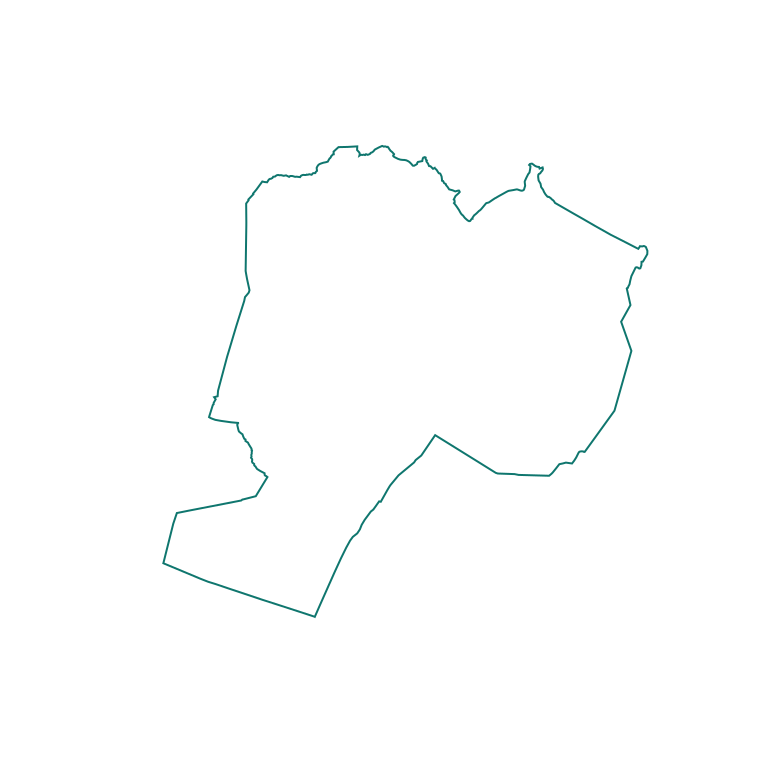 the district of Purépero, Michoacán, Mexico, rotated 301°
{"feature_id": "50627088B73803065324582", "entity_name": "Purépero", "entity_type": "district", "adm_level": 2, "iso_a3": "MEX", "parent_name": "Mexico", "parent_adm1": "Michoacán", "projection": "robinson", "projection_center": [-101.968, 19.91], "detail": "fine", "context": "isolated", "style": "outline", "palette": "teal", "viewbox_px": 768, "rotation_deg": 301, "n_neighbors": 0, "source": "geoboundaries", "source_scale": "gbopen_adm2", "svg_char_len": 6118}
<svg xmlns="http://www.w3.org/2000/svg" viewBox="0 0 768 768"><g transform="rotate(301 384 384)"><path d="M148.8,444.6L161.2,443.0L180.7,440.6L184.7,440.1L186.5,439.9L197.0,438.6L212.4,436.9L224.3,435.9L232.3,435.6L236.9,436.0L242.2,438.0L247.0,438.2L251.8,437.4L257.6,437.4L267.9,438.4L271.1,439.6L271.3,439.5L273.0,439.7L280.9,440.3L281.4,441.9L295.3,441.5L299.1,441.5L300.8,441.6L313.2,443.5L332.3,450.2L335.1,450.3L341.9,452.8L366.5,454.2L365.8,501.2L365.4,525.6L365.9,527.7L374.0,542.3L375.4,546.2L390.4,572.8L393.3,573.8L395.0,574.2L400.0,574.9L404.1,575.4L405.6,575.6L408.1,578.3L410.3,580.4L412.7,586.1L416.2,586.5L420.0,586.6L423.8,586.3L425.0,586.2L425.7,586.2L426.6,586.4L427.4,587.2L428.1,588.1L428.5,588.9L428.9,589.9L428.8,590.5L429.2,591.0L447.8,592.6L479.8,595.3L539.8,579.0L559.5,555.2L578.6,554.6L590.9,542.9L591.5,543.0L592.0,543.5L592.6,543.4L592.9,543.3L593.6,543.2L595.9,543.1L599.5,541.8L603.9,540.5L607.5,540.2L613.4,539.7L614.1,540.3L614.5,541.4L614.4,543.3L615.2,544.1L618.3,543.5L619.6,542.8L621.4,541.8L622.3,542.9L627.4,542.9L630.9,542.8L633.8,541.2L636.3,537.9L636.3,536.3L636.1,535.8L636.0,535.5L635.7,535.2L635.2,534.8L634.9,534.4L633.9,532.4L632.8,532.5L631.8,532.4L630.8,532.3L630.1,521.5L628.7,501.5L628.2,483.9L628.0,471.4L628.0,470.6L627.7,458.8L627.3,437.3L628.2,435.6L628.6,434.2L628.7,432.8L629.1,431.5L629.3,429.6L629.3,428.8L629.0,428.6L628.8,428.1L628.8,427.4L629.2,426.3L629.7,424.8L631.0,422.3L632.5,420.2L633.7,417.3L636.3,415.0L638.1,411.7L640.6,409.7L641.5,409.1L642.9,408.5L643.8,408.6L645.1,409.4L646.3,409.4L648.6,409.8L650.2,409.5L651.3,408.4L648.8,406.4L649.9,405.1L649.1,403.4L648.8,401.8L648.8,400.4L649.0,399.3L649.1,397.3L647.8,395.8L646.5,395.6L646.1,397.4L643.4,398.6L641.8,399.2L640.2,399.8L638.2,399.5L634.1,399.8L630.6,400.2L629.9,400.4L629.3,400.8L628.3,401.6L626.6,402.9L624.2,403.5L623.1,403.8L622.2,403.8L621.2,403.2L620.5,402.3L620.1,401.1L619.5,398.3L619.2,397.6L618.8,397.1L616.7,394.8L614.5,392.2L613.7,391.3L612.7,390.6L611.4,389.8L608.6,388.2L604.3,385.7L602.1,384.5L601.3,384.1L600.4,383.5L597.9,382.3L593.7,380.4L592.9,379.7L592.0,378.8L591.8,378.6L591.3,378.4L586.1,377.6L583.7,377.2L582.3,376.8L581.3,376.3L580.1,376.0L577.8,375.4L576.0,374.8L575.0,374.4L573.2,374.3L572.1,374.2L571.3,374.7L571.1,374.3L570.7,374.2L570.1,374.0L568.2,373.9L567.4,373.1L567.3,371.4L567.9,368.1L568.5,366.4L569.1,365.0L569.2,364.0L569.7,362.3L570.9,360.1L571.6,359.0L573.2,355.6L574.5,352.6L575.1,350.8L576.2,351.0L577.9,349.7L578.0,348.8L579.0,348.7L582.0,348.5L583.9,349.1L586.3,349.8L587.6,350.0L588.1,349.3L588.4,348.6L587.8,347.8L585.8,345.9L585.4,343.2L584.4,339.6L585.7,336.9L586.4,334.8L587.1,334.2L587.2,333.9L587.3,333.6L587.2,333.2L587.1,332.9L587.2,332.0L587.7,331.2L587.9,331.0L588.1,330.7L588.4,330.1L588.2,329.6L588.1,329.3L588.1,329.0L588.2,328.9L588.6,328.7L589.1,328.4L590.5,327.3L591.4,326.6L591.8,326.1L593.1,324.2L593.3,323.7L593.2,323.1L592.9,322.4L593.4,321.3L594.6,318.9L595.0,317.2L595.1,316.3L595.3,316.1L593.7,315.2L594.6,311.7L594.0,310.4L595.6,308.2L596.4,306.2L596.9,305.5L597.7,305.5L597.7,305.2L597.7,304.9L597.9,304.5L598.2,304.1L598.6,303.5L598.9,303.3L599.3,303.3L599.6,303.1L599.6,302.8L599.5,302.3L599.4,302.0L598.7,301.5L598.3,301.1L598.1,301.1L597.5,301.1L596.6,301.3L594.8,302.0L591.8,298.7L590.7,298.6L589.6,299.0L588.5,298.5L586.5,297.3L586.0,296.2L586.7,294.2L587.1,292.6L587.4,291.4L587.4,289.4L587.2,287.8L586.5,286.0L585.5,284.2L584.7,282.3L584.2,280.1L583.9,276.5L583.9,275.7L584.0,275.0L584.3,274.3L584.8,274.2L585.2,274.2L585.5,274.2L585.8,274.4L586.2,274.3L587.0,271.6L587.2,270.3L587.3,269.4L587.6,268.8L588.2,267.3L588.9,266.1L589.2,265.1L588.8,264.9L588.6,264.6L588.5,263.4L588.3,262.7L588.1,262.3L587.6,261.9L587.3,261.4L587.3,260.9L587.2,260.1L587.1,259.8L583.9,257.6L581.9,256.4L580.2,255.4L579.9,255.3L579.3,255.3L578.6,255.2L577.4,254.9L576.7,254.6L576.0,254.2L575.5,253.7L575.1,253.5L574.3,253.6L573.3,253.0L572.6,252.5L572.2,252.1L572.0,251.9L571.8,250.5L571.7,250.2L571.3,250.0L571.1,250.1L570.7,250.0L570.5,249.9L570.4,249.7L570.2,248.6L570.1,248.4L569.5,247.9L569.0,247.2L568.7,246.3L568.6,246.1L567.0,245.3L568.6,244.8L569.7,243.7L570.7,240.4L573.9,238.7L568.4,230.6L563.6,223.0L557.2,221.1L555.0,222.6L554.3,221.8L553.2,221.8L552.7,221.5L551.8,221.4L551.2,221.6L549.9,221.5L549.4,221.2L547.1,221.2L545.7,221.3L544.3,220.1L542.4,218.0L540.5,216.4L539.6,215.7L538.7,215.2L537.7,214.9L536.1,214.8L534.5,215.0L532.2,216.8L530.6,216.3L529.7,216.5L529.3,216.4L528.4,214.9L527.9,214.5L526.1,214.2L525.3,211.9L524.1,210.9L523.7,209.9L523.0,209.5L522.2,208.2L521.8,207.3L521.0,206.4L519.7,205.6L518.1,205.5L516.7,202.3L515.8,201.1L515.1,198.4L514.0,196.5L512.7,196.0L512.4,192.6L510.8,190.8L510.0,188.2L509.1,186.9L508.6,185.5L507.6,184.5L506.5,184.0L505.8,183.8L505.1,183.0L504.6,182.3L503.7,182.3L503.0,182.2L502.3,181.7L501.7,181.4L501.0,180.5L499.9,180.0L496.7,179.9L495.6,177.6L494.9,175.4L484.9,174.5L479.8,173.7L479.4,174.3L472.3,172.7L471.7,173.3L467.7,172.9L451.4,182.9L448.7,184.5L409.6,207.2L406.8,209.6L403.5,212.5L395.1,220.4L392.7,221.0L389.9,220.6L386.9,220.1L383.2,221.4L357.8,227.5L334.4,233.5L326.5,235.5L292.8,245.2L287.8,247.7L285.2,245.2L284.2,247.6L280.2,247.7L279.6,247.9L278.9,248.4L277.8,248.1L266.6,250.8L265.5,251.1L265.5,252.9L265.8,254.9L266.4,257.9L268.4,263.2L272.4,272.6L275.5,279.0L275.4,279.1L274.6,279.1L273.9,279.1L273.5,279.2L273.1,279.5L269.6,282.9L268.6,284.1L268.1,286.9L268.0,288.6L266.7,290.1L265.1,292.4L265.1,293.9L263.8,294.6L263.7,297.6L262.7,299.1L261.1,302.2L260.7,303.1L259.9,304.2L259.1,304.5L258.9,305.2L257.5,305.7L256.2,306.5L254.8,306.8L253.6,307.8L252.3,308.0L251.8,309.5L251.0,310.2L249.5,310.8L248.8,311.8L248.7,313.1L248.6,313.9L247.5,314.6L247.2,315.4L247.1,316.4L246.6,317.2L246.0,318.5L245.8,319.0L245.7,322.8L246.0,327.6L244.6,328.5L244.3,329.2L244.4,330.6L244.2,332.0L225.0,331.9L221.8,331.9L212.7,322.9L212.0,322.1L210.6,321.6L174.9,281.9L166.7,272.9L165.8,273.1L155.8,275.3L116.7,287.2L122.5,326.8L123.9,335.1L125.7,342.4L128.4,354.8L136.5,391.3L141.0,410.5L148.8,444.4L148.8,444.6Z" fill="none" stroke="#0f766e" stroke-width="2"/></g></svg>